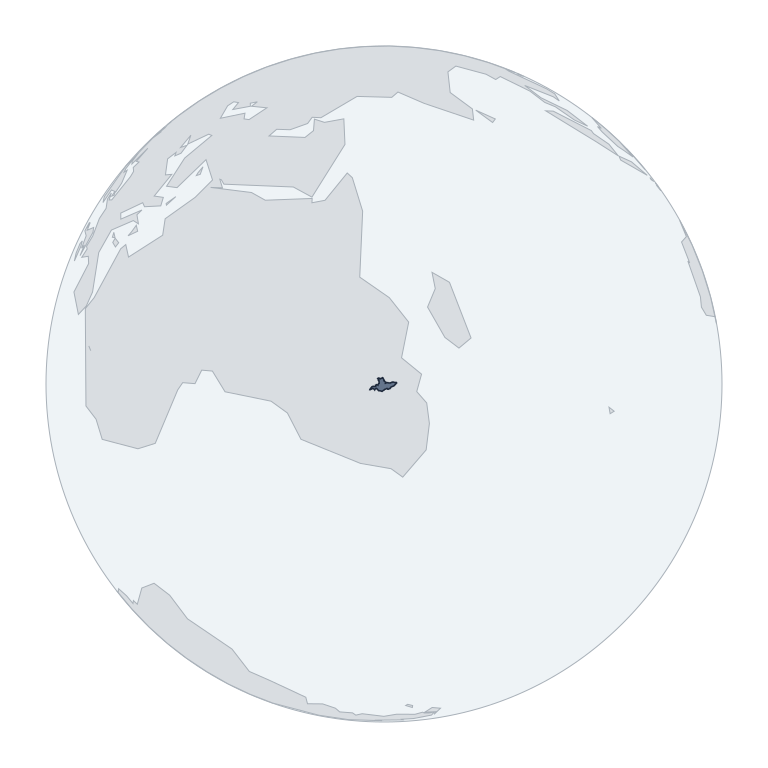 Matabeleland South highlighted on a globe, orthographic projection, rotated 315°
{"feature_id": "ZWE-530", "entity_name": "Matabeleland South", "entity_type": "Province", "adm_level": 1, "iso_a3": "ZWE", "parent_name": "Zimbabwe", "parent_adm1": "", "projection": "orthographic", "projection_center": [29.218, -20.916], "detail": "fine", "context": "on_globe", "style": "filled", "palette": "slate", "viewbox_px": 768, "rotation_deg": 315, "n_neighbors": 0, "source": "natural_earth", "source_scale": "10m", "svg_char_len": 8108}
<svg xmlns="http://www.w3.org/2000/svg" viewBox="0 0 768 768"><g transform="rotate(315 384 384)"><circle cx="384" cy="384" r="338" fill="#eef3f6" stroke="#a8b0b8"/><path d="M48.8,341.4L48.6,343.5L51.6,341.1L52.2,351.8L51.3,361.7L53.7,359.9L53.8,365.3L68.5,357.0L80.5,362.3L83.1,381.8L79.0,411.1L89.1,464.0L85.5,492.0L93.9,513.6L107.2,550.2L103.8,556.0L114.4,566.8L120.4,578.9L120.8,584.5L129.2,594.3L129.9,598.2L135.4,601.7L148.9,618.9L159.4,626.4L172.4,639.5L179.3,643.4L179.7,644.9L183.3,648.5L187.7,651.5L183.5,651.7L168.3,641.4L159.5,633.6L159.8,634.8L139.8,615.2L144.6,620.8L121.4,596.0L103.7,572.1L79.7,530.9L69.9,508.6L61.7,485.7L55.3,462.2L50.5,438.4L47.4,414.2L46.1,389.9L46.6,365.6L48.8,341.4ZM194.7,653.2L185.8,653.0L188.9,652.3L180.8,644.9L189.3,646.8L194.7,653.2ZM175.3,632.8L172.0,626.7L174.2,627.2L176.9,631.6L175.3,632.8ZM400.3,46.5L410.6,47.2L405.9,47.2L393.3,46.5L404.2,48.0L403.7,47.4L410.2,48.0L414.1,47.6L418.9,48.2L414.5,47.5L420.7,48.1L423.4,48.5L428.9,49.1L453.7,53.3L478.0,59.4L501.9,67.3L525.1,76.9L547.5,88.3L569.0,101.2L589.5,115.7L608.8,131.7L627.0,149.1L643.7,167.8L659.1,187.7L672.9,208.7L685.1,230.6L695.7,253.4L697.1,257.0L692.5,246.4L693.5,251.1L707.8,290.6L709.9,299.6L708.1,307.8L706.8,300.6L694.6,272.4L697.4,292.6L706.9,320.0L710.3,345.7L705.3,331.9L701.2,309.2L696.8,298.6L694.3,280.1L683.6,248.8L678.3,247.7L675.2,237.1L659.6,210.0L649.9,208.5L636.9,224.7L641.0,252.0L634.0,260.8L610.9,214.1L600.3,187.4L592.2,186.8L568.3,161.6L527.7,151.1L521.8,144.6L514.2,145.8L497.4,137.8L488.2,128.0L478.1,127.3L502.5,153.8L513.3,155.0L522.1,147.5L526.9,156.9L543.1,168.1L525.8,187.0L465.2,200.9L459.2,180.6L412.1,129.5L413.4,124.6L413.2,124.1L412.7,123.1L408.5,131.0L400.4,122.4L425.7,154.9L430.0,170.1L464.4,202.0L461.2,204.9L472.2,212.4L507.2,208.8L507.5,215.7L491.1,246.7L442.4,291.3L448.8,326.7L445.2,357.7L414.9,377.9L417.5,403.6L401.8,412.5L400.8,427.6L388.2,444.0L367.2,460.4L331.4,463.1L329.1,448.9L311.2,423.5L286.2,364.4L295.2,336.2L292.0,316.3L266.1,277.1L271.8,253.5L264.9,245.3L250.6,250.1L242.6,240.7L234.0,242.3L180.3,264.2L164.2,255.8L145.6,223.9L155.5,205.3L157.7,188.8L226.1,119.5L240.1,118.0L293.4,102.2L300.0,102.8L293.1,113.6L332.7,122.3L346.1,112.4L382.5,118.5L407.0,118.5L416.8,99.5L376.5,98.8L370.1,90.4L402.8,83.3L438.0,86.5L436.7,83.4L414.9,75.6L423.4,71.5L407.4,72.9L413.5,75.9L403.6,77.3L397.4,74.8L400.7,73.2L390.2,71.8L377.3,81.6L382.2,85.7L354.4,88.6L359.9,96.0L352.1,100.2L340.0,89.3L341.6,85.2L318.7,77.0L314.5,81.3L335.9,89.8L329.0,89.6L323.6,97.1L322.3,91.2L300.1,82.4L275.3,89.3L242.9,112.9L228.7,118.3L217.1,118.7L229.8,99.7L260.3,90.0L265.2,84.6L259.9,80.7L269.6,78.6L271.1,76.3L282.7,73.4L299.8,65.7L311.7,63.3L319.2,57.7L326.3,56.1L319.8,59.5L321.7,61.3L351.4,58.1L357.3,56.6L359.8,53.6L367.7,53.8L366.3,51.4L383.7,50.3L361.3,50.2L363.6,48.4L374.5,47.0L371.3,46.8L353.5,49.2L350.0,50.4L353.5,51.2L340.5,56.5L330.2,58.5L328.5,54.1L313.6,57.0L318.8,53.7L355.9,47.3L400.3,46.5ZM202.2,148.3L200.2,153.1L202.2,148.3ZM475.5,101.6L496.5,105.9L486.7,93.9L494.0,94.9L488.0,90.9L485.9,93.1L471.2,83.0L480.1,82.1L477.3,78.2L470.2,76.7L456.2,80.4L477.2,94.2L472.5,97.6L475.5,101.6ZM268.3,69.8L271.9,69.5L267.0,72.3L252.0,78.1L258.9,73.7L268.3,69.8ZM278.2,68.6L280.8,64.2L290.2,61.4L284.5,63.5L290.5,62.1L282.9,65.4L289.4,68.0L285.5,70.9L259.8,78.3L270.4,73.9L266.2,74.1L278.2,68.6ZM307.8,98.2L313.0,97.9L321.1,96.6L317.8,101.8L307.8,98.2ZM292.3,92.1L297.0,90.8L296.3,96.5L291.0,97.2L292.3,92.1ZM300.2,85.7L297.3,90.3L295.7,88.2L300.2,85.7ZM324.3,58.6L329.4,57.6L329.7,58.2L326.6,59.6L324.3,58.6ZM409.6,102.4L402.3,105.8L398.7,103.9L401.9,103.1L409.6,102.4ZM357.6,102.3L369.3,104.3L356.6,103.7L357.6,102.3ZM526.7,559.5L527.5,566.0L522.9,564.9L526.7,559.5ZM502.2,358.4L478.1,413.0L462.4,411.6L460.0,394.1L469.2,360.4L487.7,352.8L496.9,339.0L502.2,358.4ZM717.2,435.9L716.7,441.9L716.4,443.2L717.2,435.9ZM718.0,426.0L718.0,431.6L717.4,428.4L718.0,426.0ZM717.5,438.5L717.9,433.8L717.8,436.2L717.5,438.5ZM717.7,422.6L712.7,404.0L709.7,393.0L711.3,389.1L716.1,401.9L717.7,422.6ZM711.0,388.4L705.3,362.5L691.5,305.2L696.6,310.7L709.8,351.4L709.2,355.1L712.6,373.5L711.0,388.4ZM721.1,360.2L721.2,362.2L721.8,376.0L721.9,378.9L721.4,386.6L720.6,399.6L718.7,388.2L717.3,381.3L716.5,360.2L717.0,352.9L718.4,356.9L719.4,342.6L721.1,360.2ZM642.5,255.2L650.1,275.3L645.7,275.9L642.5,255.2ZM700.3,265.3L699.0,262.8L697.4,258.4L698.0,259.0L700.3,265.3ZM661.5,576.8L665.7,570.5L660.5,563.3L662.8,554.1L669.4,546.1L685.8,511.9L685.8,514.5L694.8,494.0L702.0,493.6L708.8,477.3L700.1,503.5L689.2,529.0L676.4,553.4L661.5,576.8ZM721.0,408.9L720.3,417.0L720.4,413.9L721.5,398.5L721.9,388.7L721.0,408.9Z" fill="#d9dde1" stroke="#a8b0b8" stroke-width="1"/><path d="M371.5,378.7L371.3,378.7L370.7,378.4L370.3,378.3L370.2,378.3L370.0,378.2L369.9,378.0L370.2,377.9L370.3,377.8L371.4,377.6L371.6,377.6L372.4,377.5L372.7,377.5L372.8,377.6L373.0,377.6L373.3,377.5L373.4,377.4L373.7,377.5L373.9,377.5L374.2,377.7L374.5,377.8L374.8,378.0L374.8,378.3L375.0,378.4L375.1,378.6L375.3,378.8L375.5,379.0L375.9,379.4L376.0,379.5L376.3,379.7L376.6,379.7L376.8,379.7L376.9,379.3L376.9,379.1L377.0,379.0L377.2,379.3L377.3,379.3L377.5,379.2L377.8,379.2L378.0,379.1L378.1,379.3L378.3,379.3L378.3,379.5L378.5,379.8L378.7,380.0L378.8,380.0L379.0,380.3L379.0,380.5L379.9,380.0L380.0,380.0L380.4,379.9L380.6,380.0L380.9,380.2L381.0,380.2L381.3,379.9L381.9,379.2L381.9,378.9L382.2,378.7L382.6,378.5L382.6,378.4L382.7,378.2L382.6,377.7L383.0,377.7L383.3,377.5L383.4,377.2L383.4,376.9L383.2,376.7L383.4,376.3L383.4,376.2L383.5,376.2L383.3,375.8L383.3,375.7L383.6,375.7L383.8,375.7L383.9,375.8L383.9,375.7L384.0,375.7L384.3,375.8L384.4,376.1L384.6,376.3L384.8,376.5L384.8,376.8L385.0,377.0L385.1,377.3L385.1,377.6L385.1,377.8L385.3,377.9L385.6,377.8L385.9,378.0L386.2,378.2L386.5,378.2L386.7,378.5L386.8,378.5L387.1,378.4L387.3,378.4L387.3,378.6L387.5,378.6L387.6,378.8L387.6,379.0L387.2,379.7L387.2,380.1L386.9,380.9L386.9,381.0L386.8,381.4L386.8,381.5L386.7,381.6L386.4,381.5L386.3,381.8L386.2,382.0L386.1,382.3L386.2,382.5L386.3,382.5L386.5,382.5L386.3,383.9L386.2,384.0L385.4,384.5L385.5,384.6L385.9,384.7L386.2,384.8L386.5,384.7L386.8,384.6L386.9,384.9L386.9,385.0L387.2,385.3L387.4,385.4L387.4,385.5L387.5,385.7L387.5,385.8L387.7,386.1L387.8,386.1L387.8,386.3L388.0,386.5L388.3,386.8L388.5,387.0L388.8,387.3L388.9,387.5L389.0,387.5L389.3,387.6L389.6,387.8L389.6,388.0L390.1,388.1L390.3,388.1L390.5,388.1L390.7,388.3L390.8,388.3L391.0,388.4L391.1,388.5L391.3,388.9L391.5,388.9L391.6,389.0L391.7,388.9L391.8,388.9L391.8,389.0L391.9,389.3L392.0,389.4L392.1,389.5L392.4,390.0L392.5,390.1L392.6,390.3L392.6,390.5L392.8,390.6L393.0,390.8L393.2,391.0L393.3,391.2L393.3,391.3L393.6,391.4L393.6,391.5L393.8,391.6L393.9,391.8L393.9,392.0L394.0,392.2L394.2,392.4L393.9,392.3L393.3,392.2L393.0,392.1L392.8,392.1L392.7,392.2L392.1,392.2L391.9,392.2L391.8,392.4L391.7,392.4L391.4,392.3L391.0,392.2L390.9,392.2L390.8,392.3L390.6,392.4L390.3,392.4L390.1,392.4L389.9,392.4L389.7,392.3L389.7,392.2L389.3,392.1L389.1,392.1L388.9,392.1L388.7,392.0L388.6,391.9L388.4,391.7L388.1,391.7L387.9,391.5L387.7,391.5L387.4,391.4L387.1,391.2L386.6,391.2L386.4,391.1L386.1,391.3L385.9,391.2L385.8,391.3L385.7,391.4L385.3,391.3L385.2,391.4L384.9,391.5L384.3,391.1L384.2,390.9L383.6,390.8L383.4,390.8L383.2,390.7L382.9,390.3L382.9,390.0L382.9,389.8L383.1,389.4L383.0,389.2L382.8,389.1L382.7,389.1L382.2,389.0L381.2,388.6L380.8,388.3L380.7,388.3L380.4,388.3L380.2,388.3L379.9,388.4L379.3,388.1L379.1,388.1L378.9,388.0L378.2,388.0L377.8,387.9L377.5,387.9L377.4,387.9L377.2,387.6L377.1,387.4L377.1,387.2L376.9,386.8L376.8,386.7L376.7,386.6L376.7,386.4L376.5,386.1L376.3,385.9L376.2,385.7L375.8,385.4L375.7,385.3L375.5,385.1L375.5,384.9L375.5,384.5L375.5,384.4L375.5,384.1L375.5,383.7L375.7,383.1L375.7,382.9L375.5,382.4L375.6,382.2L375.6,381.7L375.4,381.5L375.2,381.5L375.0,381.4L374.7,381.5L374.3,381.4L373.6,381.4L373.4,381.5L373.2,381.6L373.3,380.7L373.2,380.0L372.9,379.3L372.8,379.2L372.7,379.2L372.3,379.1L372.2,379.0L372.0,378.8L371.9,378.7L371.7,378.7L371.5,378.7Z" fill="#64748b" stroke="#1e293b" stroke-width="1.5"/></g></svg>